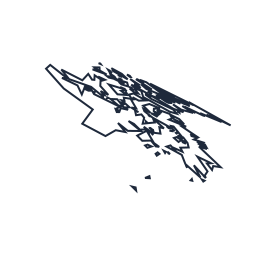 map outline of Nunavut (Equal Earth projection), rotated 28°
{"feature_id": "CAN-634", "entity_name": "Nunavut", "entity_type": "Territory", "adm_level": 1, "iso_a3": "CAN", "parent_name": "Canada", "parent_adm1": "", "projection": "equal_earth", "projection_center": [-85.605, 67.518], "detail": "fine", "context": "isolated", "style": "outline", "palette": "slate", "viewbox_px": 256, "rotation_deg": 28, "n_neighbors": 0, "source": "natural_earth", "source_scale": "10m", "svg_char_len": 5867}
<svg xmlns="http://www.w3.org/2000/svg" viewBox="0 0 256 256"><g transform="rotate(28 128 128)"><path d="M82.1,114.0L111.0,113.1L108.8,116.0L112.4,117.7L108.6,117.5L110.6,119.2L111.2,118.9L109.8,118.0L112.8,117.8L112.3,113.9L119.5,111.9L115.3,111.5L119.5,109.0L109.5,106.5L112.1,105.6L110.1,103.2L116.6,101.0L126.0,106.8L121.3,108.4L129.8,109.1L126.1,109.4L129.1,112.9L133.5,109.7L137.4,111.3L138.9,117.3L149.0,110.6L145.5,107.8L159.9,111.4L155.3,112.6L159.3,117.7L153.0,120.1L151.1,118.1L150.4,118.8L149.6,117.8L147.7,117.5L146.7,118.0L148.8,117.9L148.3,118.1L150.4,118.8L152.0,120.6L151.5,120.8L141.4,119.5L144.5,120.8L139.3,123.9L131.4,121.6L125.2,121.6L140.8,124.6L129.2,130.6L116.8,128.3L127.6,132.8L118.2,135.7L111.9,145.7L85.6,145.7L88.2,128.2L52.7,123.3L27.8,114.1L29.7,108.8L50.9,112.7L46.2,114.8L63.4,114.1L71.5,120.1L70.8,113.8L75.6,113.6L78.6,111.9L69.6,112.0L77.0,110.9L82.1,114.0ZM183.5,120.8L190.7,116.7L187.6,113.3L181.2,110.4L175.3,111.7L178.5,109.9L167.5,105.3L165.1,106.0L167.8,107.7L144.8,107.3L134.6,105.5L132.6,103.8L140.9,104.1L130.9,101.2L135.6,96.8L147.0,95.7L141.8,98.8L142.8,101.0L147.9,103.2L146.7,103.2L141.4,104.1L148.0,104.3L148.6,102.0L146.5,102.0L145.6,101.3L144.1,101.0L150.0,100.9L145.1,98.3L150.7,98.7L145.8,97.7L158.3,96.0L162.5,98.8L160.3,101.3L178.7,99.5L175.0,101.4L192.3,103.2L191.3,103.9L189.4,103.8L187.2,104.7L187.9,105.3L194.0,103.9L191.6,107.2L201.7,105.4L201.5,106.1L197.2,106.8L195.2,107.8L203.7,106.5L206.3,108.2L196.8,108.8L207.6,109.5L199.3,111.1L228.2,119.1L221.1,121.6L221.9,125.6L214.4,122.3L217.9,120.1L202.7,120.7L218.6,129.0L218.0,134.9L203.7,130.0L215.3,137.7L195.6,132.9L188.1,126.5L170.8,126.3L173.7,123.4L181.2,126.2L178.7,124.0L187.2,123.4L183.5,120.8ZM217.4,77.5L193.5,78.4L201.5,78.8L191.0,79.3L207.9,78.8L184.7,81.0L190.5,81.2L188.6,81.7L168.0,82.6L178.8,82.8L179.0,83.1L165.6,83.1L178.5,84.1L166.5,86.8L156.6,86.0L169.6,88.0L159.4,89.7L132.9,88.6L142.3,87.2L137.4,85.6L148.9,86.9L151.9,86.8L155.4,85.2L148.0,86.4L145.2,85.5L150.2,85.0L148.4,84.1L145.7,85.1L139.5,85.0L141.4,83.8L155.2,84.1L152.5,83.6L157.0,83.6L157.8,83.2L154.6,83.5L148.0,83.2L148.9,83.0L150.3,83.2L151.9,83.2L152.1,83.1L142.7,80.8L160.4,82.1L162.9,81.9L152.5,80.8L167.8,80.3L162.2,80.2L172.4,79.8L165.2,79.8L171.6,78.9L146.8,80.4L142.0,80.3L155.0,79.3L139.1,80.2L134.0,79.7L142.1,79.6L148.0,79.1L126.6,78.5L175.3,77.1L169.4,76.6L170.2,76.6L217.4,77.5ZM67.5,98.9L73.6,102.2L75.7,101.3L73.8,97.1L81.0,97.9L83.8,103.9L95.1,108.0L86.5,108.3L91.9,110.1L87.7,111.3L76.1,109.0L53.1,112.5L41.7,107.7L65.3,107.3L67.5,98.9ZM131.1,82.8L112.0,81.2L119.2,81.4L112.4,80.7L121.1,80.4L115.9,79.9L122.8,79.0L147.5,82.7L125.9,84.9L119.2,83.3L131.1,82.8ZM164.3,92.5L157.4,94.0L126.9,93.5L122.4,89.1L115.2,89.4L110.5,88.2L129.1,88.4L127.1,88.8L134.3,89.4L126.9,89.3L131.2,89.8L128.2,89.9L128.3,90.4L135.1,91.4L159.3,90.5L164.3,92.5ZM111.1,99.6L102.9,103.2L90.7,98.6L107.0,95.4L109.6,96.1L107.3,96.5L104.5,98.4L111.1,99.6ZM164.4,130.0L161.2,131.2L154.2,128.3L146.6,132.6L139.7,130.4L145.8,121.7L158.0,129.1L164.4,130.0ZM130.6,95.4L124.7,98.8L117.6,98.7L120.2,99.6L118.2,101.0L113.2,98.0L116.7,94.9L130.6,95.4ZM108.7,91.2L101.6,92.6L98.2,91.6L104.2,90.7L92.5,91.2L91.8,90.9L105.9,88.3L108.7,91.2ZM69.9,90.2L74.4,87.9L76.0,90.5L84.1,90.8L69.2,92.9L73.4,90.7L69.9,90.2ZM85.2,83.0L97.1,83.1L104.9,85.2L88.3,84.7L86.6,84.3L92.0,83.8L85.2,83.0ZM160.3,96.3L169.1,96.1L175.8,98.3L164.7,98.7L160.3,96.3ZM113.5,111.1L109.0,112.6L99.0,110.6L104.9,107.7L113.5,111.1ZM120.9,92.7L116.8,93.5L111.0,92.5L116.6,90.9L120.9,92.7ZM116.7,85.4L106.9,83.7L117.5,84.6L116.7,85.4ZM180.8,113.5L179.2,116.6L173.3,115.2L175.2,113.2L180.8,113.5ZM85.1,96.2L82.7,98.5L80.3,97.2L77.5,96.6L85.1,96.2ZM157.5,133.2L154.4,136.4L151.3,135.4L153.1,133.5L157.5,133.2ZM115.3,85.7L120.4,86.6L112.7,86.2L115.3,85.7ZM167.9,136.1L166.4,138.9L164.5,137.8L165.6,135.6L167.9,136.1ZM133.0,86.8L130.7,87.1L128.3,86.3L131.1,86.1L133.0,86.8ZM88.0,87.1L85.4,87.2L83.1,85.9L84.9,85.9L88.0,87.1ZM102.0,81.3L105.1,81.1L106.4,81.7L105.8,82.0L102.0,81.3ZM162.6,176.9L164.5,179.4L159.2,177.8L162.6,176.9ZM93.2,89.6L87.2,89.6L92.6,89.2L93.2,89.6ZM89.2,92.0L87.3,92.5L85.2,92.1L87.0,91.4L89.2,92.0ZM87.6,89.2L86.8,88.5L91.8,88.9L87.6,89.2ZM186.5,114.7L183.1,114.9L181.7,114.0L183.1,113.5L186.5,114.7ZM170.8,162.1L166.5,164.1L169.5,160.5L170.8,162.1ZM105.8,95.5L101.8,95.5L107.5,95.0L105.8,95.5ZM172.7,131.2L172.5,132.7L170.2,131.3L172.7,131.2ZM169.8,109.6L165.9,110.9L168.2,109.5L169.8,109.6ZM140.8,113.8L142.8,114.3L141.8,115.1L140.8,113.8ZM94.2,85.9L96.4,85.5L98.8,85.9L96.1,86.0L94.2,85.9ZM166.1,108.3L163.9,109.0L161.2,108.3L166.1,108.3ZM132.0,87.9L131.9,88.8L130.1,88.2L132.0,87.9ZM71.6,84.6L73.3,84.1L73.9,84.4L71.6,84.6ZM153.6,122.5L149.3,120.8L150.8,121.1L153.6,122.5ZM220.3,138.6L219.6,139.9L217.5,138.8L220.3,138.6ZM173.0,109.2L174.2,110.3L172.6,109.8L173.0,109.2ZM92.8,90.5L90.3,90.6L94.8,90.1L92.8,90.5ZM147.1,122.3L148.0,121.5L148.9,122.8L147.1,122.3ZM199.0,134.0L198.2,134.9L196.3,133.6L199.0,134.0ZM208.3,143.1L209.5,144.4L207.9,144.8L208.3,143.1ZM174.0,130.4L177.3,131.2L175.8,131.5L174.0,130.4ZM180.6,111.8L180.8,112.9L179.4,112.0L180.6,111.8ZM93.8,89.9L89.4,90.2L88.6,90.1L93.8,89.9ZM113.4,91.1L109.8,91.2L112.0,90.8L113.4,91.1ZM188.9,104.3L191.7,104.1L189.7,104.7L188.9,104.3ZM165.6,89.7L166.2,90.4L163.5,90.3L165.6,89.7ZM112.6,109.5L111.8,108.5L113.2,108.9L112.6,109.5ZM109.2,98.2L109.8,97.5L110.5,97.9L109.2,98.2ZM168.6,108.5L170.6,108.5L167.6,109.0L168.6,108.5ZM100.2,88.2L96.0,88.5L100.5,88.2L100.2,88.2ZM96.6,110.7L95.5,111.5L95.5,110.7L96.6,110.7ZM117.8,90.0L118.5,90.5L116.6,90.1L117.8,90.0ZM141.5,107.4L139.6,107.0L142.6,107.3L141.5,107.4ZM90.8,111.3L91.3,112.1L89.6,111.7L90.8,111.3ZM81.8,112.1L81.8,112.7L80.4,112.2L81.8,112.1ZM219.3,134.9L220.2,135.7L218.8,135.3L219.3,134.9ZM110.6,109.5L108.7,108.7L110.7,109.1L110.6,109.5Z" fill="none" stroke="#1e293b" stroke-width="2"/></g></svg>